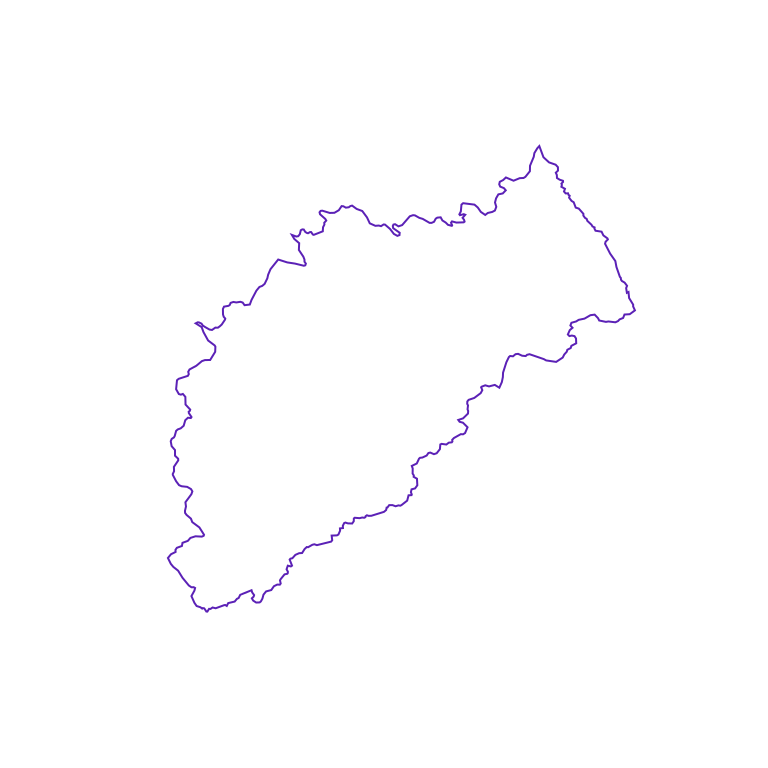 the district of Ambalavao, Haute Matsiatra, Madagascar, rotated 115°
{"feature_id": "10022922B7475622417535", "entity_name": "Ambalavao", "entity_type": "district", "adm_level": 2, "iso_a3": "MDG", "parent_name": "Madagascar", "parent_adm1": "Haute Matsiatra", "projection": "orthographic", "projection_center": [46.669, -21.841], "detail": "fine", "context": "isolated", "style": "outline", "palette": "violet", "viewbox_px": 768, "rotation_deg": 115, "n_neighbors": 0, "source": "geoboundaries", "source_scale": "gbopen_adm2", "svg_char_len": 6154}
<svg xmlns="http://www.w3.org/2000/svg" viewBox="0 0 768 768"><g transform="rotate(115 384 384)"><path d="M375.3,295.4L372.9,296.3L371.6,297.6L367.9,298.8L366.8,300.2L364.6,301.1L362.6,300.6L358.5,296.3L351.4,292.5L348.0,292.3L345.9,294.6L345.2,294.4L342.4,291.7L341.8,287.8L338.0,283.2L338.6,277.9L332.5,278.0L327.5,279.2L323.4,280.9L312.5,282.3L306.8,282.2L305.3,281.5L304.4,278.8L301.4,277.4L300.0,275.2L300.0,270.8L298.8,267.4L297.1,266.7L295.5,264.7L293.9,249.7L294.1,247.0L291.2,237.3L284.5,233.2L281.1,233.1L277.5,232.0L275.5,232.3L272.5,230.0L270.2,230.3L265.9,227.0L261.6,229.2L260.1,231.6L260.7,234.2L262.2,236.2L261.4,238.3L256.6,238.4L253.4,236.9L252.2,239.8L249.3,240.0L246.1,236.3L243.6,234.7L240.0,229.9L234.4,226.0L232.1,222.4L233.9,217.8L235.5,215.8L233.9,209.1L232.5,207.1L230.3,200.4L228.1,198.5L225.9,197.8L223.1,195.2L219.4,195.4L216.9,190.8L211.2,187.7L208.4,191.0L206.8,191.7L202.5,198.2L197.3,201.3L198.7,202.4L194.7,205.1L192.3,205.2L190.4,208.8L190.1,211.9L189.3,213.3L187.7,214.3L187.2,215.5L179.7,222.8L174.8,226.3L170.3,234.1L163.5,242.9L161.4,243.3L158.4,242.2L157.6,243.0L156.6,248.0L154.0,251.2L155.7,257.1L154.1,259.1L153.1,259.3L153.1,261.7L152.0,263.2L150.2,268.7L148.7,270.1L148.5,272.0L147.1,274.5L145.5,275.2L142.7,281.6L143.1,284.8L139.1,288.9L138.8,291.4L136.9,295.0L134.9,295.3L134.6,296.7L133.4,297.8L134.5,299.9L133.5,302.2L130.6,302.5L130.3,306.6L128.4,306.9L127.4,307.9L125.2,307.1L124.2,307.7L124.6,311.1L124.2,314.3L121.5,315.7L119.9,317.6L117.1,316.5L114.0,318.0L112.7,321.1L113.4,328.1L111.1,335.3L102.7,343.8L105.6,344.7L111.2,345.3L114.8,344.3L124.5,343.9L129.5,341.7L136.5,343.4L138.3,344.6L140.1,348.0L145.0,352.5L145.3,360.8L148.8,362.2L151.8,364.5L154.3,364.0L156.0,362.1L155.8,358.1L157.0,355.5L161.1,356.9L163.8,360.5L168.4,360.9L172.6,360.1L176.0,357.1L179.9,356.8L182.3,358.6L185.1,362.2L188.0,363.7L187.1,369.0L184.4,373.6L183.2,377.8L186.7,388.7L188.7,389.6L195.1,387.3L198.4,387.4L198.9,386.5L196.4,383.5L196.3,381.9L200.2,383.0L201.3,380.9L202.8,379.6L203.8,380.1L207.1,386.6L207.9,391.1L209.5,391.4L211.4,389.3L212.0,389.4L212.7,393.3L211.6,396.3L211.1,400.2L209.0,403.1L210.7,406.0L212.3,407.0L215.8,407.2L217.9,409.0L218.7,410.8L218.0,418.7L218.5,422.2L218.1,427.2L218.7,429.0L221.1,431.5L232.3,434.7L235.0,437.5L234.5,441.5L235.5,442.8L237.1,442.8L238.9,441.5L240.3,433.7L242.5,432.9L244.1,434.5L243.8,438.5L240.9,444.1L239.1,450.5L239.6,451.8L242.2,453.4L242.6,455.7L244.3,458.7L244.4,464.8L240.2,469.8L236.4,476.8L236.9,482.8L235.8,488.3L237.0,489.7L238.7,490.6L240.3,493.1L240.1,495.9L240.7,497.6L245.6,498.4L249.8,501.3L251.9,505.5L253.0,513.2L253.9,514.6L255.6,515.0L257.2,513.7L259.2,507.0L260.3,505.4L263.1,506.3L264.7,505.4L267.7,505.5L271.5,504.0L278.5,510.7L278.6,511.7L277.1,514.2L277.5,515.2L279.5,516.6L279.7,517.9L279.4,519.7L277.9,522.0L278.4,523.4L279.8,524.4L283.8,523.6L286.3,524.2L287.4,525.8L287.8,530.5L290.5,526.5L292.2,520.4L298.5,517.8L302.7,510.9L304.8,508.7L306.8,507.7L307.9,505.7L309.7,505.5L310.7,506.6L312.5,515.6L314.7,523.1L315.9,532.5L327.9,535.4L333.9,535.2L337.5,534.4L343.7,534.5L346.5,535.8L348.7,537.9L353.3,539.1L363.8,539.6L368.7,539.2L371.5,543.7L369.9,546.5L370.2,548.9L372.5,552.3L373.3,555.2L375.3,557.3L377.6,557.2L378.9,558.0L381.5,561.7L384.1,561.7L389.0,559.3L390.8,557.7L391.8,555.5L392.9,555.3L398.7,556.2L401.1,557.2L403.1,558.3L404.2,560.7L407.7,562.7L408.4,565.2L408.0,570.0L407.6,572.9L406.4,574.9L406.4,577.8L406.8,578.9L408.6,580.3L409.5,573.3L413.2,569.6L418.9,561.8L420.6,553.8L421.4,552.6L426.2,550.6L435.7,551.7L438.0,556.4L440.2,558.7L446.8,561.8L453.0,566.4L455.7,566.6L457.5,565.1L459.5,565.2L466.1,572.3L468.1,573.2L476.6,570.2L479.8,565.7L479.5,563.6L478.0,562.1L479.6,558.6L486.5,555.2L489.1,548.8L490.4,548.6L491.6,549.3L492.8,548.6L495.3,544.5L496.5,544.7L497.4,547.4L500.8,548.8L506.5,547.9L510.1,549.5L512.3,551.7L514.3,552.6L519.6,551.7L521.2,551.8L523.4,553.2L526.0,553.1L530.1,550.2L532.2,545.5L537.3,543.1L538.7,539.0L539.4,538.6L540.2,538.2L547.9,539.4L551.8,537.4L554.9,537.4L555.7,536.9L560.0,531.3L562.3,527.0L562.2,524.2L560.4,518.9L560.8,514.5L562.3,512.3L565.3,512.0L575.1,514.0L578.7,511.7L583.0,510.8L584.9,509.8L586.1,507.6L587.6,502.1L590.2,499.4L592.0,490.7L596.7,483.4L597.8,483.3L599.3,484.6L601.7,490.5L605.3,494.4L609.1,495.5L613.1,499.5L616.2,498.7L620.0,502.5L622.4,502.9L624.3,501.9L628.3,505.1L633.0,506.3L637.1,501.2L638.8,497.6L640.2,491.7L644.8,484.7L649.1,475.7L649.6,472.6L648.6,470.6L648.7,469.0L651.4,468.5L657.6,468.9L662.4,463.4L664.4,460.0L663.9,456.0L664.4,453.9L663.7,453.6L663.3,452.1L665.3,448.8L664.9,447.9L661.7,447.5L661.2,446.2L659.0,444.9L658.4,441.8L652.0,435.4L651.4,434.5L651.6,432.7L648.4,432.6L644.3,427.4L640.9,426.5L639.4,425.3L635.8,425.2L626.9,416.9L628.6,415.4L630.2,412.5L631.8,412.3L634.1,413.2L635.6,411.0L636.1,407.5L634.5,404.4L633.1,403.7L629.9,403.5L625.8,404.2L621.8,403.2L618.4,399.1L613.8,398.3L610.9,396.0L609.9,393.6L608.5,393.3L605.9,395.3L604.6,395.2L598.6,393.7L596.8,391.4L596.0,391.3L594.7,391.8L593.1,394.0L589.3,394.4L588.7,391.3L587.5,390.6L583.0,395.3L581.9,395.0L580.6,393.4L576.3,392.1L573.2,389.4L571.8,386.8L567.1,386.2L564.4,385.1L564.0,383.8L560.0,381.0L558.7,379.4L558.4,376.7L549.2,365.3L547.5,364.9L543.5,367.4L541.1,362.7L539.7,361.7L535.5,361.8L533.5,362.9L531.9,360.3L529.9,361.4L526.8,361.3L525.9,360.4L525.6,357.9L523.9,353.9L521.2,353.4L518.6,354.5L517.6,354.0L515.9,349.4L514.2,347.3L513.6,345.4L512.6,344.6L511.6,344.8L510.2,344.0L510.0,342.2L508.8,339.8L499.9,330.0L497.3,328.8L494.9,329.4L494.5,328.7L491.6,328.1L490.2,325.2L489.9,321.8L487.9,319.6L487.4,317.8L486.4,317.0L479.9,313.7L474.5,314.7L473.1,312.1L472.3,312.2L470.7,313.9L467.8,314.5L465.5,311.7L461.7,311.0L455.9,314.1L455.6,317.9L454.2,318.4L453.1,320.2L448.4,322.3L446.5,324.2L442.2,320.7L436.9,320.7L435.7,320.2L434.4,318.1L430.8,315.1L427.8,314.6L426.6,313.1L426.5,309.1L424.5,307.0L419.4,305.8L415.0,307.4L413.9,306.5L412.5,301.9L409.8,300.5L408.2,297.9L407.2,297.7L405.8,298.6L403.4,297.8L397.0,293.2L396.2,291.1L394.2,289.8L387.9,290.0L385.7,296.1L386.3,299.5L385.2,301.5L381.7,297.8L375.3,295.4Z" fill="none" stroke="#5b21b6" stroke-width="2"/></g></svg>